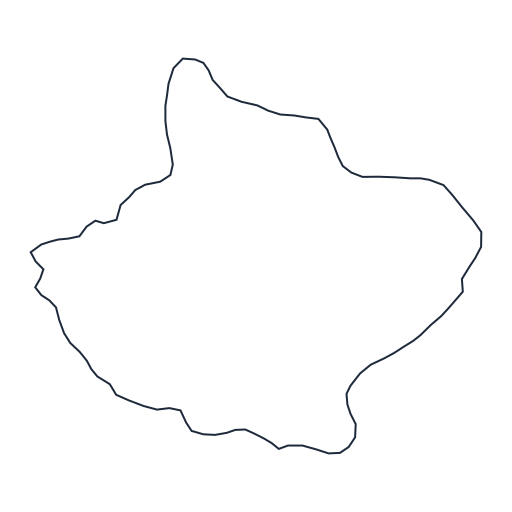 Naque, Minas Gerais, Brazil (Albers equal-area conic projection)
{"feature_id": "56859067B48718668188902", "entity_name": "Naque", "entity_type": "district", "adm_level": 2, "iso_a3": "BRA", "parent_name": "Brazil", "parent_adm1": "Minas Gerais", "projection": "albers", "projection_center": [-42.328, -19.176], "detail": "fine", "context": "isolated", "style": "outline", "palette": "slate", "viewbox_px": 512, "rotation_deg": 0, "n_neighbors": 0, "source": "geoboundaries", "source_scale": "gbopen_adm2", "svg_char_len": 1487}
<svg xmlns="http://www.w3.org/2000/svg" viewBox="0 0 512 512"><path d="M157.0,409.6L169.4,408.1L180.5,410.4L186.1,422.5L191.6,430.9L203.4,434.3L215.1,434.9L226.9,432.8L235.3,429.9L245.3,429.5L254.5,433.7L263.6,438.3L271.8,443.2L278.8,448.9L288.1,445.5L302.3,445.5L316.6,449.5L328.6,453.4L339.9,452.9L348.7,447.0L355.1,437.3L355.7,424.1L350.5,413.8L347.4,404.5L346.5,393.9L350.5,385.7L360.1,373.4L370.7,364.7L384.1,358.4L394.2,352.9L404.4,346.3L413.0,341.0L420.5,335.1L430.9,324.9L441.1,316.2L448.5,308.2L456.4,299.1L462.8,291.7L461.9,279.0L469.6,266.5L475.2,258.1L481.1,246.9L481.3,232.0L473.4,220.6L462.3,207.5L452.3,195.0L443.5,185.1L429.3,179.8L420.4,178.3L409.8,178.3L394.8,177.3L378.1,176.7L362.5,176.9L351.4,172.6L342.8,166.1L338.2,157.0L334.6,147.5L330.4,137.8L327.2,129.5L318.4,118.9L305.9,117.4L294.4,115.5L280.3,114.5L268.3,110.7L257.3,105.4L241.6,101.8L227.4,96.5L219.5,87.4L212.7,80.0L208.6,70.3L203.4,62.9L195.2,59.5L182.8,58.6L173.5,68.2L168.5,83.8L167.0,95.5L165.4,105.8L165.4,121.0L167.0,134.6L170.3,148.1L172.8,164.6L170.4,175.0L160.2,181.7L145.2,184.7L135.3,190.0L129.1,197.2L120.6,205.0L116.5,219.8L103.8,223.2L95.4,220.7L86.6,226.6L79.4,236.3L68.3,238.6L58.3,239.5L50.2,241.6L41.3,244.5L30.7,252.2L35.7,261.5L43.4,269.3L40.2,278.6L35.2,287.3L41.3,295.1L49.4,300.4L56.0,307.4L59.2,319.9L64.1,333.2L70.2,342.9L79.8,352.0L86.8,360.7L91.3,369.1L97.4,376.5L109.8,384.2L116.2,394.8L128.6,400.3L143.6,406.0L157.0,409.6Z" fill="none" stroke="#1e293b" stroke-width="2"/></svg>